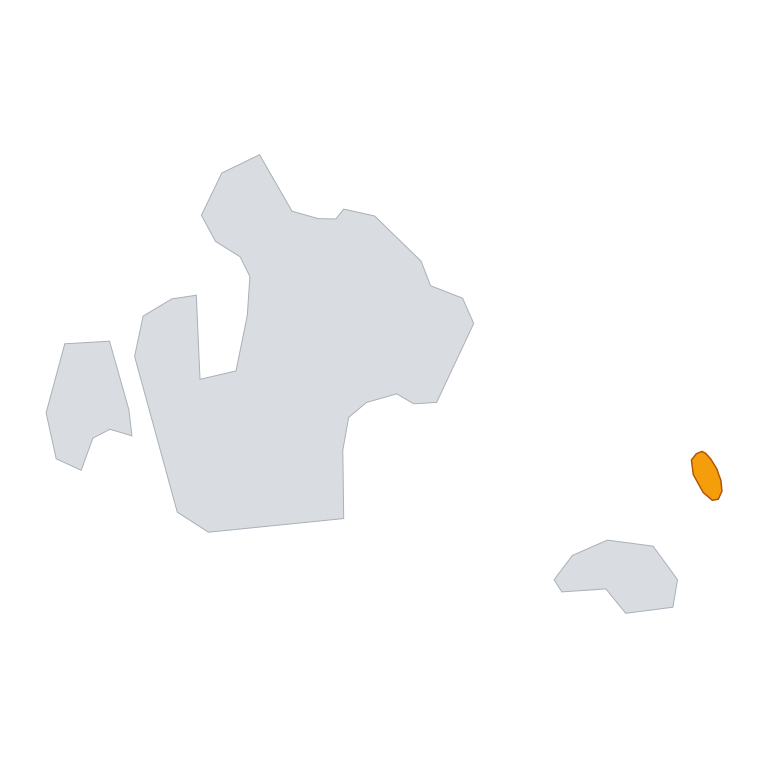 where Sottunga sits in Aland
{"feature_id": "ALD-4821", "entity_name": "Sottunga", "entity_type": "state/province", "adm_level": 1, "iso_a3": "ALA", "parent_name": "Aland", "parent_adm1": "", "projection": "mercator", "projection_center": [20.666, 60.13], "detail": "fine", "context": "in_parent", "style": "filled", "palette": "amber", "viewbox_px": 768, "rotation_deg": 0, "n_neighbors": 0, "source": "natural_earth", "source_scale": "10m", "svg_char_len": 983}
<svg xmlns="http://www.w3.org/2000/svg" viewBox="0 0 768 768"><path d="M318.1,218.6L335.8,219.0L343.7,209.1L374.6,216.0L421.1,261.2L430.5,285.7L462.6,298.2L473.7,323.5L436.6,402.4L413.7,403.8L396.6,393.8L366.4,402.5L348.7,417.3L342.8,450.1L343.7,518.5L208.4,532.2L177.3,512.2L134.6,356.4L143.1,316.1L171.8,298.9L196.3,295.2L200.0,379.3L236.0,370.9L247.3,315.5L249.9,276.5L240.1,256.8L215.6,241.5L201.4,215.3L221.8,173.0L259.5,154.7L292.0,211.2L318.1,218.6ZM128.9,409.8L131.9,435.8L109.8,429.3L92.8,438.2L81.2,470.3L56.2,458.8L46.1,412.8L64.8,343.8L109.5,341.2L128.9,409.8ZM677.5,579.7L672.9,607.2L625.7,613.3L605.9,588.9L561.8,591.9L554.1,579.7L572.4,555.4L607.4,540.1L653.1,546.2L677.5,579.7Z" fill="#d9dde1" stroke="#a8b0b8" stroke-width="1"/><path d="M719.1,475.6L720.9,480.2L721.9,491.3L718.3,499.2L712.3,500.3L703.2,492.5L693.3,474.6L691.4,460.0L696.4,453.7L701.9,451.4L705.6,453.3L710.6,458.8L716.8,468.9L719.1,475.6Z" fill="#f59e0b" stroke="#b45309" stroke-width="1.5"/></svg>